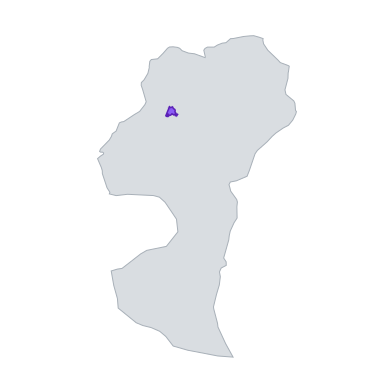 Lizuma pag., Gulbene, Latvia (highlighted), rotated 275°
{"feature_id": "27541924B17941209046703", "entity_name": "Lizuma pag.", "entity_type": "district", "adm_level": 2, "iso_a3": "LVA", "parent_name": "Latvia", "parent_adm1": "Gulbene", "projection": "albers", "projection_center": [26.315, 57.198], "detail": "fine", "context": "in_parent", "style": "filled", "palette": "violet", "viewbox_px": 384, "rotation_deg": 275, "n_neighbors": 0, "source": "geoboundaries", "source_scale": "gbopen_adm2", "svg_char_len": 3916}
<svg xmlns="http://www.w3.org/2000/svg" viewBox="0 0 384 384"><g transform="rotate(275 192 192)"><path d="M281.2,289.0L278.8,288.6L272.4,286.1L266.9,282.3L263.7,277.3L258.1,270.5L254.4,267.0L248.6,262.5L239.1,253.5L235.6,251.5L218.6,247.3L212.5,245.5L207.0,235.2L205.3,229.3L202.6,228.2L199.5,229.4L196.2,230.5L188.4,237.2L185.9,238.1L181.2,238.0L170.0,239.2L165.1,236.6L156.4,233.5L151.7,232.9L147.5,232.8L129.0,229.3L125.4,232.1L121.9,232.5L118.8,227.7L114.8,226.3L110.1,227.6L101.8,227.3L92.0,225.3L79.5,223.4L77.6,223.8L63.3,228.9L59.8,229.6L43.9,238.7L31.1,247.3L30.9,232.0L34.0,201.6L36.9,186.7L45.8,178.5L50.4,172.0L53.4,163.0L54.7,154.7L56.9,147.8L69.9,128.6L79.3,127.0L92.1,122.2L106.3,118.4L108.7,124.4L109.8,129.0L125.9,146.3L129.9,152.0L135.6,171.2L151.1,181.4L163.6,178.9L169.2,174.4L179.4,166.1L184.0,160.0L185.1,154.0L184.1,128.0L181.8,116.8L182.9,109.8L184.6,110.2L188.8,107.0L202.5,101.1L205.3,100.8L208.4,99.6L217.0,95.0L219.7,97.6L222.0,100.5L223.2,100.6L223.9,99.5L223.7,97.7L224.3,96.4L226.8,97.1L236.6,105.1L240.4,106.9L243.0,107.5L246.1,111.1L254.5,113.6L255.6,115.5L256.2,117.9L264.1,127.8L267.7,132.8L274.8,137.4L277.9,138.5L290.3,133.7L293.8,132.1L296.6,132.0L299.6,134.5L306.3,137.7L312.3,138.6L313.4,138.4L318.5,138.6L320.4,139.9L321.7,146.2L327.6,151.1L333.1,155.1L334.5,157.0L335.0,160.6L334.8,164.9L334.1,167.2L331.9,169.8L330.1,176.3L329.9,182.5L327.0,193.3L327.7,193.5L334.3,191.4L336.2,192.5L337.7,194.8L338.3,201.5L340.6,204.5L342.9,209.1L343.7,212.8L348.1,217.0L348.5,219.8L351.4,229.8L352.5,235.5L353.1,239.9L352.0,245.6L351.0,249.5L349.6,249.3L345.8,250.4L339.8,255.2L330.9,266.2L328.6,268.7L326.3,277.0L325.8,277.9L320.4,277.6L319.0,277.4L313.6,277.7L301.9,275.7L297.4,277.1L291.6,285.5L289.3,286.8L282.4,288.0L281.2,289.0Z" fill="#d9dde1" stroke="#a8b0b8" stroke-width="1"/><path d="M275.0,165.2L274.9,165.2L274.8,164.9L274.7,164.3L274.4,163.9L274.3,163.6L274.2,163.2L274.3,163.1L274.4,162.9L274.4,162.7L274.5,162.6L274.8,162.5L274.9,162.4L275.1,162.2L274.9,162.0L274.7,162.0L274.6,161.9L274.4,162.0L274.1,162.0L273.9,161.8L273.6,161.7L273.6,161.8L273.5,161.6L273.4,161.7L273.2,161.6L272.9,161.6L272.4,161.4L272.3,161.5L272.2,161.5L272.0,161.4L271.9,161.3L271.7,161.1L269.7,160.5L269.4,160.4L265.7,159.3L265.1,159.9L265.2,161.0L265.2,161.4L265.1,161.5L265.3,161.7L265.4,161.8L265.5,161.9L265.6,161.7L265.4,161.4L265.5,161.3L265.8,161.3L266.0,161.4L266.0,161.2L266.3,161.0L266.3,161.3L266.2,161.3L266.2,161.5L266.3,161.5L266.5,161.6L266.7,161.4L266.8,161.2L267.0,161.0L267.0,160.9L267.3,160.8L267.4,161.0L267.5,161.1L267.4,161.2L267.5,161.3L267.4,161.5L267.2,161.5L266.9,161.7L266.9,161.8L266.8,162.0L266.7,162.2L266.6,162.4L266.6,162.5L266.4,162.6L266.4,162.8L266.5,162.9L266.5,163.0L266.6,163.3L266.7,163.5L266.6,163.8L266.9,164.2L267.1,164.4L267.3,164.6L267.5,164.9L267.8,164.9L267.9,165.0L268.0,165.0L268.2,165.3L268.0,165.5L267.9,165.6L267.8,165.8L267.7,166.0L267.7,166.3L267.7,166.5L267.4,166.8L267.3,167.1L267.2,167.1L267.1,167.4L267.3,167.5L267.5,167.5L267.6,167.8L267.6,168.0L267.6,168.3L267.7,168.5L267.8,168.5L267.7,168.7L267.7,168.8L267.6,169.0L267.6,169.3L267.4,169.4L267.3,169.5L267.2,169.3L267.1,169.1L266.8,169.1L267.0,169.4L267.1,169.6L267.2,169.9L267.2,170.1L266.9,170.1L266.7,170.2L266.9,170.3L267.1,170.2L267.3,170.3L267.4,170.5L267.5,170.5L267.8,170.6L268.0,170.7L268.1,170.8L268.1,171.0L268.3,171.2L268.5,171.4L268.4,171.2L268.2,170.9L268.2,170.7L267.9,170.5L267.7,170.5L267.4,170.4L267.3,170.0L267.4,169.8L267.5,169.7L267.8,169.7L268.1,169.6L268.3,169.5L268.4,169.4L268.5,169.4L268.8,169.3L269.0,169.1L269.3,169.0L269.4,168.8L269.4,168.7L269.5,168.7L269.8,168.5L269.9,168.4L270.0,168.3L270.2,168.1L270.3,168.1L270.7,168.0L270.8,168.1L271.4,168.1L272.0,168.1L272.4,167.9L272.6,167.7L272.9,167.5L273.0,167.3L273.1,167.1L273.3,166.5L273.6,166.2L273.8,166.0L274.3,165.7L274.9,165.4L275.0,165.2Z" fill="#8b5cf6" stroke="#5b21b6" stroke-width="1.5"/></g></svg>